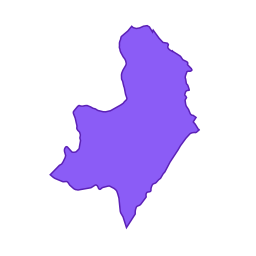 the border of Krâchéh, rotated 226°
{"feature_id": "KHM-1793", "entity_name": "Krâchéh", "entity_type": "Province", "adm_level": 1, "iso_a3": "KHM", "parent_name": "Cambodia", "parent_adm1": "", "projection": "orthographic", "projection_center": [106.195, 12.682], "detail": "fine", "context": "isolated", "style": "filled", "palette": "violet", "viewbox_px": 256, "rotation_deg": 226, "n_neighbors": 0, "source": "natural_earth", "source_scale": "10m", "svg_char_len": 3826}
<svg xmlns="http://www.w3.org/2000/svg" viewBox="0 0 256 256"><g transform="rotate(226 128 128)"><path d="M198.6,201.3L196.5,201.5L193.8,203.1L191.9,205.9L190.5,209.8L188.3,212.9L185.8,213.6L180.0,212.3L180.9,214.1L170.9,212.7L165.3,212.6L161.7,215.2L160.1,215.1L159.5,214.3L159.0,213.2L158.0,212.4L156.4,212.2L155.1,212.3L152.3,213.1L152.5,213.5L151.7,213.5L143.6,215.5L142.6,215.5L139.9,215.0L139.1,214.9L138.6,215.0L135.3,216.2L134.4,216.4L133.8,216.4L133.4,216.2L133.1,216.0L132.8,215.7L132.2,214.8L126.7,214.8L125.3,214.3L125.2,213.8L125.2,213.4L125.3,213.0L125.4,212.6L125.6,212.2L125.9,211.9L126.1,211.6L126.4,211.4L127.0,210.8L127.3,210.2L127.5,209.9L127.5,209.5L127.5,209.4L125.7,205.7L124.9,204.6L124.3,204.0L123.9,203.8L123.2,203.5L121.9,202.6L119.8,201.1L119.2,200.8L118.7,200.8L117.3,200.7L116.8,200.5L114.7,199.5L113.5,198.9L113.0,198.6L112.7,198.2L112.9,197.9L113.1,197.6L113.4,197.3L113.8,196.6L114.0,196.2L114.1,195.8L114.1,195.3L114.0,194.6L113.6,193.8L112.8,192.3L112.2,191.8L111.7,191.6L111.1,191.6L110.7,191.7L109.2,191.2L108.6,188.9L108.4,188.6L108.0,188.1L104.9,185.9L103.3,185.1L99.3,184.4L95.8,183.0L94.9,182.7L94.2,182.6L93.7,182.7L93.2,182.7L92.8,182.9L91.9,183.6L91.5,183.7L88.3,184.3L87.2,179.5L86.6,179.0L86.2,179.1L84.1,179.0L78.3,177.7L77.6,178.0L77.2,177.9L77.4,174.3L77.6,173.8L77.9,173.2L78.5,172.8L79.1,172.1L80.2,170.5L80.6,169.4L80.8,168.5L80.4,162.5L78.8,153.3L77.5,148.8L74.3,134.6L70.8,124.0L70.6,121.4L69.2,116.4L69.5,114.1L69.2,110.2L69.5,108.9L69.7,108.6L70.1,107.8L70.2,107.4L70.3,106.9L70.2,106.1L70.0,105.3L69.2,103.7L68.4,102.4L67.1,101.1L66.9,100.7L66.8,100.2L67.0,99.5L67.3,99.0L68.0,98.0L68.4,97.3L68.5,96.8L68.4,96.3L68.2,95.6L67.6,94.7L67.1,94.2L66.7,93.9L66.1,93.4L65.8,93.2L65.6,92.5L64.3,84.3L64.3,83.4L64.4,82.7L65.2,80.7L65.4,79.8L65.3,79.1L64.9,78.2L64.0,76.6L63.0,75.3L61.4,73.7L61.1,73.4L57.4,57.7L67.5,62.7L72.0,63.8L73.5,64.6L83.9,72.8L87.6,74.8L90.2,76.0L91.2,76.2L92.5,76.2L94.2,76.0L98.8,74.5L99.2,74.3L99.8,73.6L100.5,72.5L102.7,68.6L103.0,67.6L103.1,66.0L103.2,65.5L103.5,65.1L104.3,64.8L104.8,64.8L105.1,64.9L105.3,65.0L107.2,65.7L107.5,65.7L107.8,65.8L108.3,65.7L108.7,65.6L109.1,65.5L109.4,65.3L109.6,64.9L109.8,64.4L110.6,60.5L110.8,59.8L118.1,49.0L119.5,48.0L120.1,47.5L121.1,47.1L122.1,46.8L127.4,46.4L130.5,47.0L131.4,46.9L132.2,46.6L132.9,45.8L134.1,44.3L134.7,43.8L135.6,43.4L142.3,40.5L144.2,40.0L148.4,39.6L148.8,52.7L148.2,55.0L148.2,55.5L148.8,58.0L150.5,62.5L151.6,64.1L155.2,66.0L156.3,66.9L156.9,67.7L157.1,68.1L157.3,68.5L157.4,69.0L157.5,69.5L157.6,70.1L157.4,70.6L157.2,70.9L156.8,71.1L156.3,71.2L149.7,71.0L149.1,71.3L148.5,71.8L147.6,72.9L147.1,73.7L146.9,74.3L146.9,74.7L147.0,77.9L147.2,78.7L147.5,79.2L148.0,79.7L151.6,84.7L151.9,85.1L152.2,85.3L152.5,85.5L154.0,86.3L154.3,86.5L154.6,86.9L155.5,88.2L156.2,89.0L157.3,89.6L158.5,90.2L158.8,90.3L159.3,90.3L161.3,90.3L161.7,90.4L162.7,90.6L163.0,90.8L163.4,91.0L164.9,92.7L171.8,96.9L176.1,98.7L176.9,99.2L177.3,99.6L177.6,100.0L177.8,100.9L178.0,102.3L178.5,106.8L178.3,108.2L178.1,108.5L177.7,108.7L177.4,108.9L176.7,109.2L176.0,109.8L175.2,110.6L173.8,112.8L173.0,113.7L172.4,114.3L169.0,115.8L166.6,116.5L164.4,117.8L161.6,118.5L157.0,121.4L155.2,123.1L152.6,127.4L149.6,138.8L149.1,141.8L149.4,143.7L149.4,146.3L149.5,146.7L149.6,147.1L150.0,147.7L150.6,148.1L154.0,149.7L159.5,153.3L161.0,154.0L163.4,155.4L164.3,156.0L164.8,156.3L165.6,156.7L167.2,157.2L167.6,157.4L167.9,157.6L170.8,160.2L171.2,160.8L171.8,161.6L173.1,164.5L174.6,169.8L175.1,170.9L175.4,171.3L176.0,171.8L177.8,172.9L179.6,173.6L182.6,174.0L187.4,175.3L189.0,176.0L190.3,176.9L191.4,177.4L191.9,177.7L192.3,178.1L193.5,179.4L194.3,180.1L195.2,181.0L196.1,182.4L196.6,183.7L198.3,186.3L198.4,187.4L197.9,195.3L198.5,200.6L198.6,201.3L198.6,201.3Z" fill="#8b5cf6" stroke="#5b21b6" stroke-width="1.5"/></g></svg>